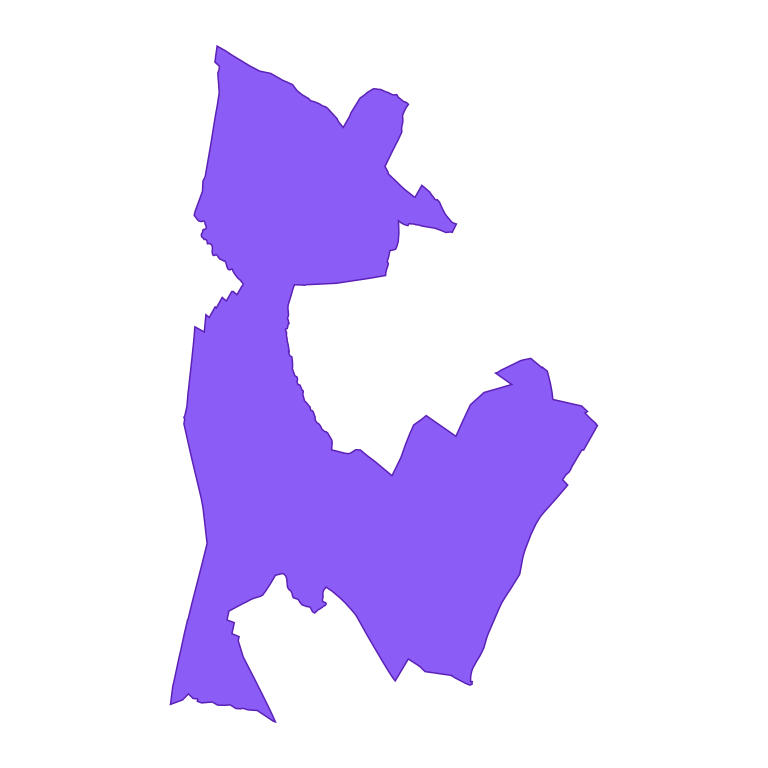 San Jerónimo Tecuanipan, Puebla, Mexico
{"feature_id": "50627088B48077381885537", "entity_name": "San Jerónimo Tecuanipan", "entity_type": "district", "adm_level": 2, "iso_a3": "MEX", "parent_name": "Mexico", "parent_adm1": "Puebla", "projection": "equal_earth", "projection_center": [-98.397, 19.039], "detail": "fine", "context": "isolated", "style": "filled", "palette": "violet", "viewbox_px": 768, "rotation_deg": 0, "n_neighbors": 0, "source": "geoboundaries", "source_scale": "gbopen_adm2", "svg_char_len": 6100}
<svg xmlns="http://www.w3.org/2000/svg" viewBox="0 0 768 768"><path d="M194.2,215.2L194.7,216.0L195.0,216.6L195.8,217.3L197.3,219.6L198.6,220.8L199.5,221.2L201.2,221.6L202.5,221.4L203.1,221.0L203.8,220.9L204.4,221.4L204.8,222.1L205.2,224.2L206.3,226.9L206.3,227.5L206.1,228.1L205.8,228.6L205.1,229.2L204.6,229.4L203.2,229.5L202.8,230.5L202.6,232.1L201.3,234.4L201.4,235.8L201.7,236.8L202.2,237.5L203.3,238.1L204.1,239.5L205.5,239.4L206.5,240.2L207.0,241.0L207.5,243.8L208.1,243.8L208.6,243.5L210.1,243.7L211.6,245.0L212.3,246.5L212.4,248.1L212.3,250.3L212.1,250.9L212.1,251.7L212.7,254.6L213.2,255.3L214.5,255.5L216.0,254.7L216.3,254.7L217.4,255.6L218.2,257.1L219.4,258.4L219.8,259.1L220.8,259.4L223.8,261.0L224.7,260.8L225.4,262.0L225.9,262.6L226.5,264.9L226.8,266.5L227.5,267.6L227.6,268.3L227.9,269.0L229.0,269.7L230.1,269.9L231.3,269.1L232.0,269.0L232.6,269.9L233.1,271.3L233.9,272.8L237.4,277.7L239.5,279.6L240.9,280.5L241.1,281.5L242.7,283.0L243.1,283.8L242.8,285.0L242.7,285.8L241.9,286.1L237.0,294.7L233.2,291.5L231.8,291.5L226.3,301.0L222.2,297.4L216.3,308.0L215.1,306.9L209.2,317.5L205.9,314.7L204.3,332.0L194.9,326.8L194.2,335.7L193.4,344.1L191.5,362.4L189.1,383.7L188.4,390.6L188.2,391.4L186.9,406.4L184.8,415.8L184.2,416.7L183.9,417.6L184.7,419.2L183.9,423.8L191.1,455.8L201.2,498.1L203.0,507.7L207.1,543.5L201.9,564.5L192.1,602.6L188.2,618.7L187.3,620.5L187.1,622.0L184.5,632.9L181.0,649.2L178.7,659.1L174.2,680.3L172.8,686.1L170.5,704.4L182.6,699.9L188.4,693.9L193.1,698.5L197.7,698.9L197.3,701.3L201.7,702.9L212.3,702.0L217.6,705.1L224.7,705.3L230.3,704.9L235.8,708.5L240.8,708.8L242.9,708.3L248.2,709.9L257.3,710.5L273.1,721.1L275.4,721.9L271.4,713.0L264.7,699.2L254.3,678.5L243.1,656.7L238.2,640.6L239.1,636.7L231.9,633.7L234.3,622.7L227.0,619.9L228.7,612.1L228.5,611.3L242.7,603.7L247.5,601.4L249.4,600.2L253.5,598.4L255.9,597.6L258.6,596.9L260.5,596.2L262.5,595.3L266.1,590.4L270.2,584.1L275.4,575.3L282.4,573.5L284.3,574.3L285.9,576.2L286.7,578.9L287.5,587.1L288.8,589.4L290.8,590.9L292.1,593.6L292.6,596.2L293.4,597.8L298.2,599.4L300.0,602.4L302.1,604.9L307.4,606.7L309.3,606.8L310.3,607.5L312.5,611.7L314.7,613.0L317.9,610.0L320.8,608.3L323.4,606.4L325.3,605.3L326.2,603.9L325.7,602.7L324.5,602.2L323.4,602.1L322.6,601.3L322.5,599.5L323.1,596.7L322.8,592.9L323.6,590.3L326.2,587.0L327.9,588.4L331.5,590.7L339.7,597.6L345.5,603.1L347.7,605.7L350.7,608.9L355.3,614.4L357.4,617.7L367.2,635.3L382.1,660.7L388.3,670.9L392.5,677.4L395.2,680.9L408.3,659.0L420.6,667.0L420.8,667.4L422.0,668.7L425.1,671.6L451.3,675.4L451.2,675.6L451.9,675.9L455.5,678.1L465.5,683.3L469.8,685.1L472.0,684.3L472.2,681.6L470.6,681.5L470.6,678.3L470.8,675.6L471.6,671.7L472.7,668.3L477.0,660.6L479.9,655.9L482.2,651.3L483.9,647.7L486.6,638.2L488.2,633.8L498.6,609.6L501.8,602.7L506.0,595.9L510.5,589.1L519.7,574.3L523.0,556.6L525.1,549.7L531.1,534.1L535.9,524.0L540.0,517.2L543.6,512.7L557.3,497.3L567.7,485.1L562.6,479.7L564.6,476.7L566.1,474.7L568.5,472.6L569.5,471.4L570.8,469.2L572.0,466.5L581.3,450.8L581.8,450.1L582.5,449.9L583.6,450.1L597.5,425.5L595.8,424.2L596.0,423.6L590.0,418.2L585.0,413.0L587.5,411.5L581.6,406.0L553.1,399.5L552.8,399.1L552.3,394.3L551.7,390.4L550.4,383.5L548.1,374.1L547.2,371.1L542.2,367.1L541.9,367.7L530.8,358.4L523.3,359.9L520.7,360.6L500.5,370.5L498.0,372.3L495.6,373.1L511.8,384.5L484.0,392.5L470.4,404.8L462.9,420.8L455.9,436.3L426.2,415.6L421.7,419.3L413.7,425.0L409.9,433.5L405.8,443.7L400.9,457.6L392.0,475.7L374.7,461.3L367.5,455.9L360.4,450.0L356.6,449.7L355.2,450.0L350.9,452.9L348.6,453.7L346.6,453.5L344.4,453.1L340.0,452.0L339.2,451.7L331.6,449.9L332.1,443.7L332.1,441.6L331.7,440.0L331.0,438.6L328.4,434.4L327.8,433.1L326.2,431.8L324.6,431.5L323.4,430.5L321.5,428.5L321.1,427.1L319.3,424.3L317.0,422.7L315.9,421.2L315.2,419.7L315.1,416.9L314.5,415.6L313.3,411.9L312.1,410.5L311.0,410.5L310.5,409.5L310.1,407.0L308.9,405.8L306.7,402.9L304.5,400.8L302.8,394.2L303.2,392.3L303.3,391.1L302.0,389.8L300.0,385.1L299.2,384.8L298.0,384.5L297.1,382.5L297.2,381.0L297.5,379.9L297.4,378.4L297.0,377.0L294.9,375.8L292.3,368.5L292.6,366.8L292.5,362.0L292.0,357.9L291.7,356.7L289.9,355.9L288.8,353.1L288.6,351.6L289.2,351.7L289.1,350.7L288.1,344.5L287.2,340.9L287.1,338.6L286.4,335.5L286.6,332.7L285.4,329.7L285.7,328.9L287.3,328.5L288.3,323.9L289.0,323.6L289.1,323.1L288.4,321.6L288.4,320.7L288.2,319.9L287.5,319.0L287.7,317.9L288.5,315.2L288.5,314.2L288.3,313.3L288.2,310.7L287.9,308.8L288.1,305.2L291.4,294.4L292.9,289.0L294.4,284.8L302.8,285.0L304.2,285.3L306.5,284.7L336.0,283.3L369.4,278.3L385.6,275.5L385.8,272.9L386.5,269.7L387.8,266.0L388.3,263.9L388.1,262.9L387.3,262.1L387.4,261.5L387.6,260.2L388.7,256.7L389.5,252.3L390.0,250.4L391.6,250.3L395.3,249.4L396.2,248.1L397.3,245.1L397.6,243.8L398.2,241.7L398.9,233.0L398.5,220.7L401.1,222.8L403.6,224.2L405.9,225.1L407.9,225.6L408.4,224.9L408.5,224.0L409.4,223.7L410.4,223.7L411.2,224.0L413.3,223.9L416.4,224.9L417.2,224.6L422.3,226.1L434.8,228.2L439.9,230.0L443.9,231.6L445.8,232.5L447.8,232.2L450.9,232.0L452.2,232.4L456.4,224.0L453.3,223.0L451.6,221.9L446.4,215.7L444.7,213.2L443.2,210.3L441.2,206.1L439.5,202.1L437.3,199.7L436.7,200.0L435.8,199.8L434.8,199.2L433.4,197.0L432.2,195.7L429.6,191.9L421.8,185.3L415.1,197.2L413.9,196.7L405.0,189.7L401.2,186.3L396.2,181.4L388.1,173.7L388.1,172.3L385.0,166.4L392.7,150.6L398.4,139.4L401.8,132.1L401.6,128.8L401.7,127.1L402.7,122.7L402.9,119.9L402.7,118.2L402.6,115.1L405.8,108.1L408.5,104.3L405.8,102.1L403.8,101.7L397.6,96.6L397.4,95.3L396.4,94.6L395.2,94.9L393.7,94.9L392.1,94.6L388.4,92.6L385.6,91.7L380.5,89.4L379.0,89.4L375.9,88.9L373.4,88.8L367.2,92.5L364.1,95.3L360.1,98.0L351.0,112.8L349.7,116.2L343.2,127.5L338.4,121.6L337.0,118.6L327.5,108.2L325.6,106.8L322.5,105.9L320.7,104.6L318.0,103.2L314.5,101.8L310.6,100.7L308.7,98.6L302.2,94.8L297.2,90.8L292.5,84.6L282.4,80.1L270.7,73.4L259.6,71.1L250.1,66.1L231.6,54.9L225.5,50.8L217.1,46.1L214.9,62.1L219.4,66.2L219.1,69.4L217.8,73.2L218.8,86.5L219.2,92.8L217.5,104.1L215.0,118.1L210.9,143.7L205.2,176.6L203.0,180.9L202.5,191.3L195.1,211.4L194.2,215.2Z" fill="#8b5cf6" stroke="#5b21b6" stroke-width="1.5"/></svg>